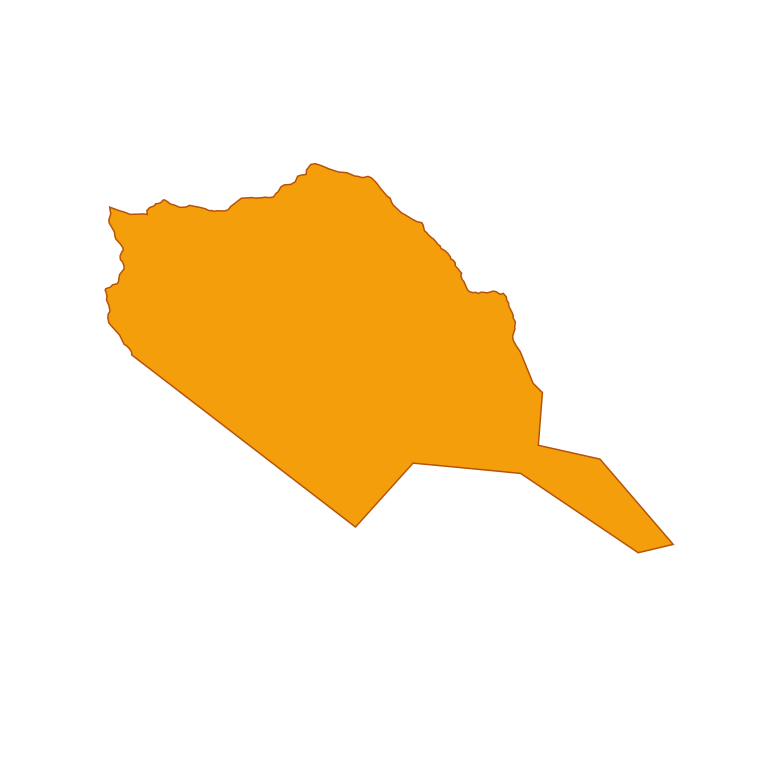 Chuave District, Chimbu, Papua New Guinea (Equal Earth projection), rotated 132°
{"feature_id": "67681753B10783046859630", "entity_name": "Chuave District", "entity_type": "district", "adm_level": 2, "iso_a3": "PNG", "parent_name": "Papua New Guinea", "parent_adm1": "Chimbu", "projection": "equal_earth", "projection_center": [145.121, -6.175], "detail": "fine", "context": "isolated", "style": "filled", "palette": "amber", "viewbox_px": 768, "rotation_deg": 132, "n_neighbors": 0, "source": "geoboundaries", "source_scale": "gbopen_adm2", "svg_char_len": 2305}
<svg xmlns="http://www.w3.org/2000/svg" viewBox="0 0 768 768"><g transform="rotate(132 384 384)"><path d="M531.2,590.9L529.8,573.4L509.4,309.5L423.4,309.5L373.3,242.0L359.0,222.6L339.3,82.2L309.7,61.8L295.3,173.2L326.3,228.3L284.4,260.5L283.7,273.7L268.8,304.4L267.3,310.8L265.1,317.1L262.4,320.5L255.6,323.4L254.7,324.6L250.0,327.9L248.4,332.4L246.5,334.0L245.1,336.8L242.7,343.3L240.4,345.6L239.6,348.8L237.4,351.5L236.8,356.1L239.5,357.4L240.4,362.6L242.0,365.1L244.1,366.3L247.0,368.1L250.6,373.2L253.6,374.5L254.4,377.1L256.9,379.4L258.2,382.6L258.1,385.0L255.3,391.3L254.5,392.8L254.0,396.1L252.0,399.4L249.7,400.5L249.4,403.6L249.0,404.6L248.5,410.0L246.2,412.4L245.7,415.8L246.4,418.2L245.2,419.5L244.3,423.0L244.1,427.5L244.5,429.8L245.1,432.2L243.8,435.0L244.2,437.0L243.5,441.0L243.1,444.3L243.5,446.6L243.4,450.1L243.5,451.2L242.9,453.6L243.1,456.4L239.8,461.1L238.8,463.8L241.2,467.9L242.9,474.3L244.0,481.0L245.1,485.5L244.9,496.8L243.8,500.1L241.8,503.7L242.3,507.4L241.6,513.0L240.9,517.8L239.6,523.9L239.2,531.2L240.4,534.8L244.0,537.2L245.5,538.9L247.2,542.5L248.8,544.5L251.8,552.8L254.1,556.1L256.3,558.7L258.4,563.0L261.1,569.2L263.8,577.1L266.2,582.4L269.8,585.3L276.8,584.8L280.4,582.1L284.4,585.5L287.4,587.2L293.1,585.3L298.0,586.8L302.6,591.2L306.3,592.5L312.4,591.3L314.6,591.8L319.0,591.3L322.4,594.1L324.7,597.3L327.9,600.0L331.8,603.8L333.8,606.9L336.7,609.7L341.3,614.3L349.2,615.7L354.5,616.7L358.8,616.4L362.1,618.2L367.2,624.3L369.5,625.9L370.2,627.9L372.2,630.0L373.4,634.2L375.5,638.2L378.3,642.9L381.3,648.0L385.1,649.6L389.4,654.0L391.0,658.7L393.3,663.6L393.3,666.3L394.0,670.3L395.6,671.4L397.1,671.0L399.9,671.8L403.0,674.3L405.3,673.9L409.6,676.2L413.8,676.3L416.4,673.3L418.3,676.3L423.1,681.2L427.9,686.3L429.8,691.5L432.3,696.6L436.1,706.2L440.6,700.8L446.1,698.3L448.3,695.8L451.3,686.3L454.6,682.3L455.7,680.3L456.4,673.3L457.5,669.3L459.0,667.3L461.2,667.3L465.5,665.8L467.9,663.2L468.2,660.2L470.2,656.2L472.3,654.2L479.7,653.7L486.0,649.6L488.3,649.6L492.0,652.1L494.9,652.1L499.4,654.5L500.9,654.0L502.0,651.5L504.2,648.5L507.2,646.5L509.7,641.0L512.7,637.0L514.2,636.0L516.4,635.9L519.7,633.4L522.7,629.4L523.2,626.4L524.5,613.4L528.5,603.4L527.8,601.4L528.1,596.4L529.2,592.9L531.2,590.9Z" fill="#f59e0b" stroke="#b45309" stroke-width="1.5"/></g></svg>